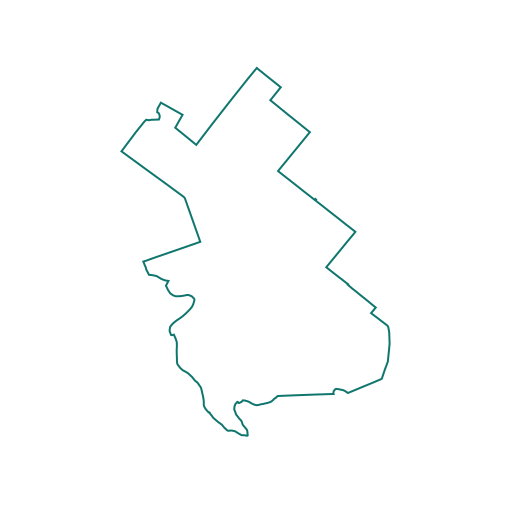 the district of Ulmu, Calarasi, Romania, rotated 296°
{"feature_id": "2599482B65281916384420", "entity_name": "Ulmu", "entity_type": "district", "adm_level": 2, "iso_a3": "ROU", "parent_name": "Romania", "parent_adm1": "Calarasi", "projection": "orthographic", "projection_center": [26.899, 44.303], "detail": "fine", "context": "isolated", "style": "outline", "palette": "teal", "viewbox_px": 512, "rotation_deg": 296, "n_neighbors": 0, "source": "geoboundaries", "source_scale": "gbopen_adm2", "svg_char_len": 4845}
<svg xmlns="http://www.w3.org/2000/svg" viewBox="0 0 512 512"><g transform="rotate(296 256 256)"><path d="M425.3,174.3L412.6,171.2L386.0,165.3L355.0,158.7L329.7,153.6L335.9,127.2L350.7,128.1L352.1,103.3L345.1,102.9L341.9,104.2L341.7,106.0L341.3,106.4L340.7,107.2L339.4,108.2L338.0,108.7L336.1,108.9L333.1,103.3L332.7,102.4L331.3,100.6L330.3,97.6L328.1,96.8L315.0,93.8L291.1,89.2L286.2,116.4L281.4,143.6L277.5,164.9L277.1,166.1L276.3,167.2L244.3,199.7L209.2,164.7L203.1,158.8L201.6,157.2L200.8,158.1L198.8,160.2L197.2,162.2L195.8,163.2L192.2,168.1L193.2,170.7L194.4,175.4L193.9,181.2L194.1,183.6L194.4,185.7L195.2,188.2L189.8,188.1L188.4,189.9L187.0,191.7L186.8,192.0L184.8,195.4L184.6,196.9L184.3,198.5L184.4,199.5L184.6,201.5L186.4,205.0L187.7,207.1L189.4,209.4L190.8,211.2L191.4,212.5L191.5,214.2L191.6,215.8L191.5,216.5L191.1,217.2L190.7,218.7L190.2,219.5L189.3,220.0L187.1,220.4L185.4,220.7L183.9,220.7L182.7,220.8L181.7,220.6L179.4,220.1L177.3,219.4L173.5,218.1L169.7,216.5L166.3,214.7L164.0,213.3L161.2,211.9L160.3,211.5L159.5,211.1L156.4,210.2L155.2,210.0L154.3,210.0L152.0,210.7L151.3,211.0L150.6,211.3L149.7,212.3L148.0,214.0L147.8,214.2L147.8,214.5L148.0,215.0L148.2,215.5L149.3,216.7L145.9,220.6L143.8,222.6L140.1,224.5L136.8,225.9L134.0,227.3L129.1,229.9L127.1,230.9L124.7,232.4L123.9,233.5L123.0,235.3L122.1,237.1L121.2,240.3L121.1,243.3L120.9,246.0L119.2,251.7L117.2,255.8L116.6,258.8L114.0,263.5L113.1,264.7L106.4,270.1L103.0,272.5L101.2,273.4L99.7,274.1L98.3,275.1L96.6,277.4L95.8,279.1L95.1,280.8L94.6,282.3L94.8,282.6L95.0,282.8L94.9,283.1L94.4,283.6L94.0,284.2L93.6,285.1L93.2,286.1L92.0,288.1L91.4,290.0L90.2,294.7L89.4,299.3L87.8,302.8L87.1,305.0L86.7,306.3L86.7,307.5L88.4,310.5L88.9,312.3L89.2,313.5L89.3,314.1L89.1,315.7L88.8,318.7L88.7,320.2L88.7,321.6L88.9,322.2L89.2,322.8L89.8,324.2L90.1,325.2L90.3,325.9L90.4,326.3L90.7,326.9L90.8,327.1L91.0,327.2L91.4,327.0L91.9,326.7L92.7,326.2L93.9,325.5L94.2,325.3L94.7,325.0L95.3,324.5L95.5,324.3L95.8,323.9L96.1,323.4L96.7,322.2L97.0,321.4L97.6,320.1L98.1,319.1L98.3,318.5L98.5,318.1L98.7,317.9L99.0,317.6L99.4,317.1L100.0,316.6L100.9,315.8L101.1,315.5L101.2,315.3L101.3,315.1L101.5,314.8L101.7,314.5L101.9,313.9L102.1,313.4L102.4,312.5L102.5,312.2L102.9,311.5L103.3,310.7L104.2,308.9L104.5,308.2L104.7,307.8L105.0,307.5L105.2,307.2L105.5,306.9L105.7,306.6L106.0,306.4L106.5,306.0L106.8,305.7L107.4,304.9L107.9,304.4L108.1,304.1L108.4,303.9L108.6,303.8L108.7,303.7L109.0,303.6L109.5,303.3L110.0,303.1L110.3,303.0L110.5,302.9L110.8,302.8L111.8,302.6L112.2,302.5L112.8,302.5L113.3,302.4L113.6,302.4L113.8,302.4L114.2,302.5L114.6,302.6L115.3,302.8L115.8,302.9L116.1,303.0L116.3,303.0L116.6,303.1L116.8,303.3L116.8,303.6L116.7,303.7L116.6,304.0L116.4,304.2L116.3,304.5L116.3,304.8L116.3,305.0L116.6,305.4L116.9,305.7L117.6,306.1L118.0,306.4L118.2,306.7L118.6,306.9L118.9,307.0L119.4,307.2L119.8,307.3L120.2,307.4L120.4,307.4L120.5,307.5L120.9,308.4L121.3,309.8L121.6,311.5L121.7,311.9L121.8,313.0L121.8,314.0L121.7,315.2L121.6,316.4L121.6,317.7L121.6,318.1L121.6,318.9L121.7,319.6L121.8,320.5L122.0,321.2L122.1,321.8L122.4,322.3L122.6,322.6L123.1,323.4L123.6,324.1L124.4,324.9L124.8,325.3L125.2,325.9L125.8,326.8L126.5,327.7L127.7,329.1L128.2,329.8L128.8,330.5L129.6,331.5L130.7,332.5L131.3,333.0L131.7,333.4L132.0,333.6L132.3,333.8L132.9,334.0L133.6,334.3L134.1,334.5L134.6,334.7L135.0,334.7L135.2,334.8L135.5,334.9L136.1,335.3L136.6,335.5L137.0,335.9L137.4,336.1L137.8,336.2L138.0,336.3L138.5,336.3L138.8,336.4L139.1,336.6L139.4,336.8L139.8,337.1L140.3,338.1L141.8,340.8L148.1,352.5L157.4,369.9L166.0,386.2L166.3,385.9L167.4,385.4L168.1,385.2L168.7,385.1L169.7,385.3L170.5,385.5L171.1,385.7L171.3,385.9L171.5,386.2L171.7,386.5L172.0,387.0L172.2,387.7L172.4,388.2L172.6,389.0L172.7,389.5L172.9,390.2L173.0,390.9L173.5,392.3L173.6,392.9L173.6,393.5L173.6,394.0L173.7,394.3L173.6,395.0L173.6,395.3L173.6,395.9L173.5,396.3L173.5,397.0L173.2,398.1L173.2,398.7L187.5,411.3L192.4,415.7L200.6,422.8L202.1,422.7L209.7,421.7L210.5,421.6L218.8,420.8L229.7,416.8L235.6,414.6L245.8,409.2L248.1,407.5L250.1,406.0L250.5,405.6L250.9,404.9L251.2,403.9L252.0,399.9L252.6,396.9L253.0,394.9L253.8,391.2L254.2,388.8L255.1,384.5L262.2,386.2L263.3,381.3L264.1,378.1L265.6,371.6L267.0,365.4L268.0,361.2L269.0,356.5L269.8,353.4L270.3,351.6L270.4,351.1L271.0,351.2L271.3,349.5L272.8,342.5L273.3,339.9L274.0,336.6L274.9,332.3L275.6,329.1L276.7,324.1L307.1,331.3L319.8,334.4L321.3,334.7L322.7,328.3L323.5,324.3L324.6,319.3L325.3,316.2L327.8,304.5L328.4,301.7L332.0,285.1L333.0,285.3L333.3,284.3L332.2,284.0L333.9,276.2L334.5,273.2L335.4,269.0L336.5,264.1L340.1,247.3L341.3,241.7L342.0,238.6L343.0,238.8L357.8,242.3L378.1,247.1L390.9,250.1L396.1,227.4L396.7,224.6L402.3,200.6L411.9,202.8L418.5,204.3L422.9,184.7L423.9,180.5L424.8,176.3L425.3,174.3Z" fill="none" stroke="#0f766e" stroke-width="2"/></g></svg>